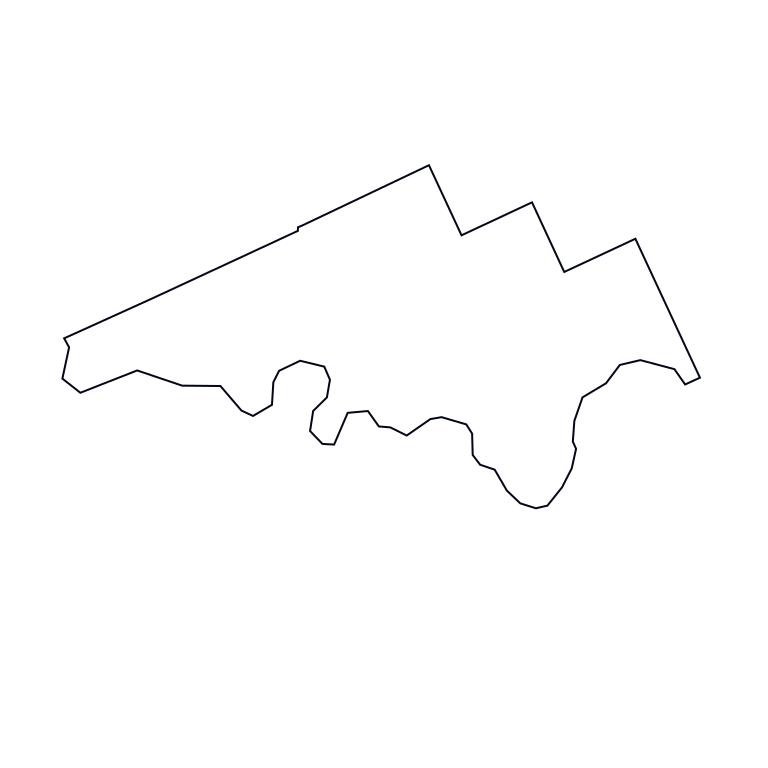 Pawnee, Oklahoma, United States of America (Robinson projection), rotated 155°
{"feature_id": "52423323B92257960877908", "entity_name": "Pawnee", "entity_type": "district", "adm_level": 2, "iso_a3": "USA", "parent_name": "United States of America", "parent_adm1": "Oklahoma", "projection": "robinson", "projection_center": [-96.654, 36.362], "detail": "fine", "context": "isolated", "style": "outline", "palette": "ink", "viewbox_px": 768, "rotation_deg": 155, "n_neighbors": 0, "source": "geoboundaries", "source_scale": "gbopen_adm2", "svg_char_len": 883}
<svg xmlns="http://www.w3.org/2000/svg" viewBox="0 0 768 768"><g transform="rotate(155 384 384)"><path d="M654.6,560.6L653.9,550.3L673.2,524.8L662.9,504.4L602.0,500.6L567.6,467.8L533.1,451.3L524.4,420.1L516.2,410.4L494.3,412.5L483.6,432.3L473.5,440.3L450.2,440.5L430.8,425.0L431.2,410.7L441.4,396.0L459.6,389.5L470.9,372.6L465.1,355.7L454.8,350.2L429.1,373.2L410.0,366.3L406.6,347.7L396.6,342.0L385.2,327.7L356.8,332.6L345.8,329.6L326.5,312.6L325.1,301.8L333.6,282.2L331.0,270.2L319.9,259.6L317.7,235.4L310.9,218.2L298.9,207.2L287.3,204.7L266.3,215.1L249.5,228.2L237.3,244.1L237.2,252.0L227.1,270.1L209.7,288.0L182.5,290.8L162.2,301.6L141.6,297.3L114.5,274.7L111.3,256.3L95.0,256.2L94.9,346.3L94.8,409.4L173.3,409.4L173.1,486.1L250.9,486.0L250.8,563.3L392.0,562.2L395.7,562.4L397.3,559.2L557.4,559.5L632.9,560.3L654.6,560.6Z" fill="none" stroke="#020617" stroke-width="2"/></g></svg>